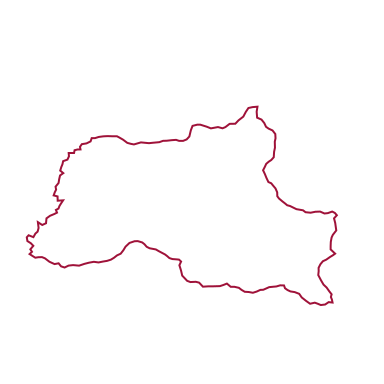 Nhandeara, São Paulo, Brazil, rotated 279°
{"feature_id": "56859067B33597746577156", "entity_name": "Nhandeara", "entity_type": "district", "adm_level": 2, "iso_a3": "BRA", "parent_name": "Brazil", "parent_adm1": "São Paulo", "projection": "albers", "projection_center": [-50.052, -20.672], "detail": "fine", "context": "isolated", "style": "outline", "palette": "rose", "viewbox_px": 384, "rotation_deg": 279, "n_neighbors": 0, "source": "geoboundaries", "source_scale": "gbopen_adm2", "svg_char_len": 2987}
<svg xmlns="http://www.w3.org/2000/svg" viewBox="0 0 384 384"><g transform="rotate(279 192 192)"><path d="M110.1,283.1L111.2,287.3L111.9,290.1L113.6,293.7L114.1,297.5L111.5,298.9L110.1,301.7L109.2,304.8L109.2,309.1L108.2,313.8L105.0,316.9L102.3,321.7L100.1,326.1L101.9,330.6L101.3,333.7L100.5,336.9L101.7,341.1L104.6,344.2L104.8,348.1L107.7,347.0L110.0,345.6L112.8,345.9L115.4,343.1L118.7,339.9L121.1,336.4L125.0,333.2L129.7,329.7L133.6,329.5L136.9,328.9L140.7,330.1L144.1,332.1L146.2,335.2L149.5,338.6L151.6,341.1L153.5,343.0L157.0,337.9L160.2,337.4L164.4,336.9L168.9,337.0L171.7,337.8L176.6,340.5L183.8,338.3L188.2,336.4L191.7,338.7L193.7,336.3L194.6,333.5L192.4,329.5L191.5,326.2L192.7,321.6L191.8,317.0L190.1,312.4L189.8,307.3L191.3,304.5L191.4,297.8L193.5,291.0L193.8,288.1L195.3,285.6L196.9,282.7L199.2,278.9L201.2,276.9L205.0,276.2L208.6,273.9L211.1,271.0L213.0,268.9L213.8,265.9L217.6,263.3L221.1,261.2L224.6,258.8L228.2,260.0L231.4,260.9L233.9,263.0L236.0,265.3L239.1,267.3L244.6,266.8L248.7,267.0L254.7,265.9L258.1,266.1L262.3,265.2L265.4,261.9L266.6,257.7L268.0,254.9L271.4,252.6L274.4,249.3L275.6,244.7L281.4,243.3L286.5,243.3L285.3,238.5L283.8,234.6L279.5,232.6L274.5,230.9L270.0,226.7L266.2,224.1L265.2,218.5L261.3,214.8L259.7,212.2L260.2,207.5L257.8,200.7L258.8,196.3L259.8,189.6L259.3,186.6L257.4,182.2L252.8,181.2L246.4,180.7L243.1,178.5L241.1,175.2L240.5,171.2L241.0,168.1L240.0,163.8L238.7,159.1L238.0,155.4L236.1,151.9L234.5,145.6L233.5,141.9L233.0,133.8L229.9,127.2L230.0,124.1L230.4,120.4L232.9,115.7L234.4,111.8L235.3,109.2L234.7,105.5L234.0,99.9L233.1,95.7L231.8,91.3L230.0,87.7L229.5,84.5L226.1,83.9L223.5,80.2L222.0,75.7L219.1,74.3L216.6,75.2L216.1,72.3L214.9,69.5L212.1,69.4L211.2,64.1L208.0,64.9L204.5,63.9L202.3,59.9L199.1,59.7L196.2,59.0L192.5,58.5L190.5,61.9L187.7,59.1L183.8,58.8L180.0,58.8L175.9,56.4L173.1,57.4L170.2,56.5L167.0,55.9L166.6,59.9L162.4,60.7L163.6,66.0L160.1,64.4L157.5,63.3L154.7,62.7L153.0,60.4L150.5,61.9L148.7,59.4L146.3,55.5L143.2,52.4L138.3,52.7L136.0,49.2L138.1,44.5L132.5,46.1L128.7,45.7L126.4,43.8L122.6,42.4L123.7,37.4L121.4,35.9L117.8,37.1L116.2,40.8L114.0,43.7L110.1,41.3L107.9,43.3L105.3,41.3L103.7,44.9L102.6,47.5L103.6,50.6L104.2,54.1L103.5,57.1L100.8,62.1L99.3,67.5L100.7,71.4L98.1,74.3L97.5,78.0L100.0,81.6L101.2,86.0L101.6,92.0L104.2,97.0L106.1,101.4L107.7,106.0L107.8,110.7L109.4,115.0L110.7,118.9L112.5,122.5L114.8,125.2L117.7,127.9L119.9,131.2L123.7,133.3L127.6,134.9L131.9,138.2L134.4,143.0L135.0,146.1L134.4,150.7L133.0,153.2L130.8,155.8L129.8,158.9L129.6,165.3L128.4,168.4L126.1,175.1L124.8,177.5L123.2,180.0L122.7,183.1L123.0,186.7L123.2,189.7L121.6,192.1L117.7,191.0L112.6,193.5L107.9,195.4L103.5,201.1L102.8,204.5L103.9,209.8L103.6,213.2L100.2,217.6L101.3,222.5L102.2,227.9L103.4,234.3L105.1,237.6L107.0,240.8L104.4,245.1L105.0,248.7L104.7,253.3L103.1,256.2L101.7,259.7L102.1,263.7L102.0,267.9L103.8,271.5L106.0,274.8L106.6,277.7L108.4,280.5L110.1,283.1Z" fill="none" stroke="#9f1239" stroke-width="2"/></g></svg>